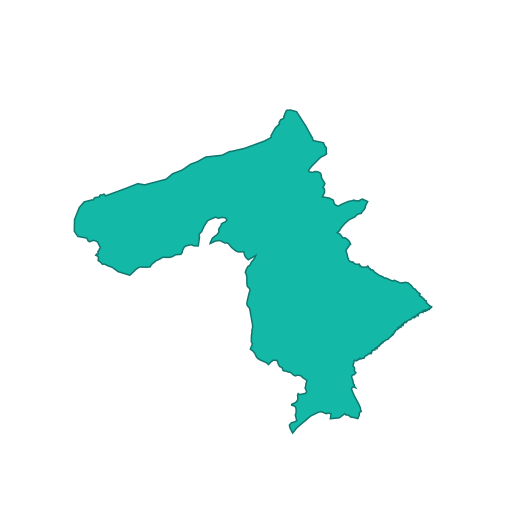 Akwapem North, Eastern, Ghana, rotated 203°
{"feature_id": "2480657B16553972090858", "entity_name": "Akwapem North", "entity_type": "district", "adm_level": 2, "iso_a3": "GHA", "parent_name": "Ghana", "parent_adm1": "Eastern", "projection": "robinson", "projection_center": [-0.184, 5.959], "detail": "fine", "context": "isolated", "style": "filled", "palette": "teal", "viewbox_px": 512, "rotation_deg": 203, "n_neighbors": 0, "source": "geoboundaries", "source_scale": "gbopen_adm2", "svg_char_len": 6081}
<svg xmlns="http://www.w3.org/2000/svg" viewBox="0 0 512 512"><g transform="rotate(203 256 256)"><path d="M427.6,204.4L419.0,206.3L418.4,206.2L416.7,204.5L414.9,204.0L411.9,206.8L409.7,207.3L407.3,207.0L402.5,202.9L402.9,201.1L402.7,199.7L403.3,198.3L402.3,196.9L402.2,196.3L402.6,195.7L403.5,195.5L403.8,194.1L402.2,194.1L400.4,193.3L399.6,190.2L396.7,189.6L394.3,188.4L392.0,189.4L388.2,189.1L383.8,189.4L376.8,187.7L364.6,189.0L360.9,197.5L358.8,200.4L352.2,203.0L349.2,204.6L348.9,207.2L346.1,212.7L343.5,215.4L341.4,218.3L334.7,221.1L332.3,223.2L330.7,225.6L325.8,228.2L325.3,230.3L325.8,232.5L325.5,236.2L324.3,238.0L320.1,241.1L317.1,241.1L313.1,242.7L315.4,251.4L316.8,253.0L316.3,255.7L315.6,257.0L315.4,263.3L314.4,269.4L312.5,271.8L308.3,276.0L305.5,276.0L302.3,278.3L299.2,279.1L297.1,278.3L297.1,276.7L297.8,275.1L299.2,273.8L300.4,272.0L300.0,270.4L300.7,267.2L300.7,265.6L299.5,263.8L299.8,261.9L300.5,259.8L301.6,258.2L303.1,255.3L303.3,250.6L303.1,249.5L299.1,254.0L295.4,256.1L289.5,255.8L288.4,256.6L286.0,256.6L282.1,254.4L276.7,252.8L274.2,252.8L271.9,253.6L269.0,255.1L266.7,252.2L264.6,250.6L261.6,249.5L256.4,256.4L256.7,252.1L257.9,248.5L257.9,245.5L259.4,242.9L259.7,238.9L259.4,236.6L258.0,235.6L256.2,233.0L253.9,227.7L252.2,224.7L249.6,223.7L248.1,222.3L247.8,218.7L246.4,210.7L245.6,208.1L244.4,206.8L242.1,205.8L240.6,204.1L232.0,190.8L231.1,188.5L230.8,186.2L229.9,184.2L229.1,180.9L226.8,175.2L225.0,173.9L224.8,168.0L221.6,167.3L219.0,165.9L216.6,163.6L214.3,162.3L211.1,161.9L204.7,161.9L202.1,160.9L200.9,164.2L199.4,166.8L195.9,168.1L192.8,164.8L191.0,163.5L189.0,163.5L187.8,163.1L186.9,161.5L185.5,161.1L183.2,161.8L180.8,161.8L178.5,162.4L175.0,161.1L173.0,161.0L170.9,162.7L168.0,163.3L165.4,162.3L160.4,161.3L160.2,158.3L159.3,155.3L159.3,153.7L157.3,152.0L156.4,150.7L156.7,149.0L159.3,147.1L162.0,145.4L163.4,145.8L163.4,144.1L162.0,141.8L161.4,139.5L162.3,136.5L165.2,133.5L164.9,132.6L162.6,132.9L160.6,132.5L159.1,130.5L158.3,128.5L157.7,126.6L157.7,124.9L154.2,120.6L155.4,118.6L158.3,116.3L159.2,113.3L157.2,110.7L153.1,107.3L151.3,113.8L143.0,130.3L137.0,137.1L134.7,138.2L129.6,138.3L128.1,139.8L125.2,140.0L124.0,135.2L116.1,139.6L112.7,145.5L110.9,144.8L108.9,145.7L106.3,144.8L105.5,144.8L102.1,145.7L99.6,145.9L98.9,146.1L98.5,146.7L98.8,147.5L98.7,149.6L99.3,151.0L99.5,152.4L98.4,154.2L99.9,155.7L100.5,156.9L103.5,159.8L111.0,165.8L115.8,170.4L116.2,172.4L115.9,173.0L115.1,173.6L113.0,173.6L114.8,174.7L115.2,175.9L116.2,176.3L119.1,180.4L120.7,181.8L120.9,183.1L120.7,183.9L120.3,184.5L119.5,184.8L118.4,187.3L118.6,187.8L120.4,188.5L121.5,191.4L121.9,191.8L124.0,192.8L124.3,196.5L124.7,197.3L124.5,198.6L124.0,198.8L122.9,198.5L121.5,200.1L121.6,200.9L120.0,201.7L120.2,202.5L118.5,202.7L118.0,203.7L116.7,204.0L116.6,206.0L113.7,210.3L113.1,210.6L113.3,211.2L113.1,211.5L112.4,210.9L111.8,211.1L111.9,213.3L112.3,214.1L110.2,215.8L110.7,215.9L110.5,216.7L110.0,217.0L110.0,218.2L109.6,218.3L108.5,217.8L108.3,218.5L109.1,219.3L107.4,221.2L107.4,221.6L107.8,221.8L106.8,223.1L107.1,223.2L107.0,224.1L105.9,224.9L105.9,226.2L105.3,226.1L105.1,227.3L104.1,228.3L103.9,229.2L101.8,231.1L101.6,232.2L99.7,236.1L99.9,237.0L99.6,237.4L99.1,237.1L98.9,237.6L98.9,239.2L98.3,241.0L98.5,241.3L98.1,242.8L97.1,243.6L96.9,244.1L97.4,245.4L97.1,245.5L96.6,245.0L96.2,245.2L96.4,247.0L94.7,247.0L95.2,249.1L95.1,249.4L94.4,249.1L94.3,250.0L93.5,249.7L93.5,250.3L94.1,251.4L93.5,251.9L93.1,253.6L92.0,253.2L91.5,254.4L91.5,255.3L89.9,257.4L88.8,257.8L88.0,260.3L87.4,260.7L86.4,260.9L86.9,261.6L86.8,262.2L85.3,262.2L85.2,264.0L84.3,264.7L83.5,264.2L83.5,264.8L84.4,265.4L84.4,265.7L83.6,266.2L83.0,268.1L82.2,268.2L81.5,269.2L80.3,269.3L80.6,269.8L80.6,270.8L80.2,270.4L78.5,271.3L78.8,272.0L79.3,271.7L79.2,272.6L78.3,272.7L77.9,272.3L77.6,272.8L76.8,273.0L76.8,274.2L76.4,274.4L76.2,275.1L75.8,274.6L75.5,274.6L75.3,276.1L74.4,277.1L74.4,277.9L77.2,278.1L81.0,279.7L81.9,281.3L83.8,281.2L84.4,282.1L85.1,282.1L87.1,283.0L90.1,283.2L90.0,284.0L90.3,284.2L90.0,285.2L93.7,286.1L96.5,287.7L98.8,287.8L100.9,289.2L105.2,290.7L108.2,290.2L109.6,289.1L112.6,287.6L119.3,287.7L120.2,286.5L121.5,286.3L127.8,286.5L128.6,286.0L130.4,286.1L131.2,286.5L131.9,286.2L132.6,286.5L133.0,286.3L135.2,286.4L141.5,287.7L142.1,288.5L143.8,288.7L144.8,288.0L146.1,289.0L147.2,289.0L148.8,290.4L149.3,290.4L149.6,289.1L154.1,287.2L156.2,287.8L156.5,287.5L157.6,288.9L160.8,287.4L162.9,287.6L164.6,288.4L166.0,287.7L168.4,288.0L169.4,288.7L170.1,289.9L171.0,290.4L172.5,292.8L175.5,296.2L174.1,302.8L173.5,303.8L175.3,305.5L177.2,306.6L180.8,307.6L183.1,306.6L187.1,308.9L190.4,309.3L189.1,311.7L188.6,315.3L187.1,320.2L184.4,325.9L180.4,330.4L179.2,333.4L177.6,335.2L175.8,336.2L175.5,338.4L174.5,341.3L174.3,343.2L174.8,344.7L174.5,349.8L180.2,350.0L181.2,349.2L183.0,346.8L184.4,346.4L185.7,345.6L186.7,345.9L187.7,345.7L189.9,343.8L191.9,342.7L197.0,337.5L199.5,334.3L200.4,333.8L203.9,334.4L204.9,335.3L206.6,337.5L207.1,337.8L208.4,337.7L211.3,338.0L218.0,336.4L217.7,341.3L219.2,344.5L221.2,345.3L220.8,348.2L221.0,349.8L225.4,352.9L226.4,353.9L227.9,356.4L228.7,357.2L229.2,357.5L231.8,357.7L234.7,356.9L236.5,355.1L239.2,354.4L240.3,354.5L241.0,355.2L240.8,356.9L239.8,360.4L235.9,370.2L234.5,373.0L232.3,375.3L230.9,377.6L231.9,379.0L233.3,382.7L234.6,383.8L235.1,383.6L238.2,386.6L248.5,384.6L250.4,386.9L252.3,388.2L252.7,388.8L253.8,389.2L254.6,390.2L255.9,391.0L260.4,394.7L275.1,404.7L281.6,403.8L283.0,402.8L284.3,402.5L284.9,401.6L284.9,395.3L284.5,395.2L284.4,393.4L286.6,391.0L286.9,387.9L286.1,386.9L286.0,386.4L286.6,385.7L286.6,384.6L287.3,383.8L288.3,381.1L289.2,372.5L288.3,371.1L293.1,365.2L308.5,350.7L319.6,342.6L321.1,341.9L326.6,335.5L340.9,327.5L346.7,320.0L352.1,314.9L357.5,306.3L365.0,299.0L368.7,291.6L386.3,278.0L393.1,276.4L402.0,267.6L418.1,252.5L419.7,253.6L420.5,253.3L421.4,252.0L423.0,251.5L423.4,250.8L423.3,249.4L423.7,248.9L427.0,246.9L427.5,245.8L427.6,244.3L428.1,243.8L429.0,243.5L435.3,238.7L437.6,231.6L437.3,218.7L433.0,207.9L427.6,204.4Z" fill="#14b8a6" stroke="#0f766e" stroke-width="1.5"/></g></svg>